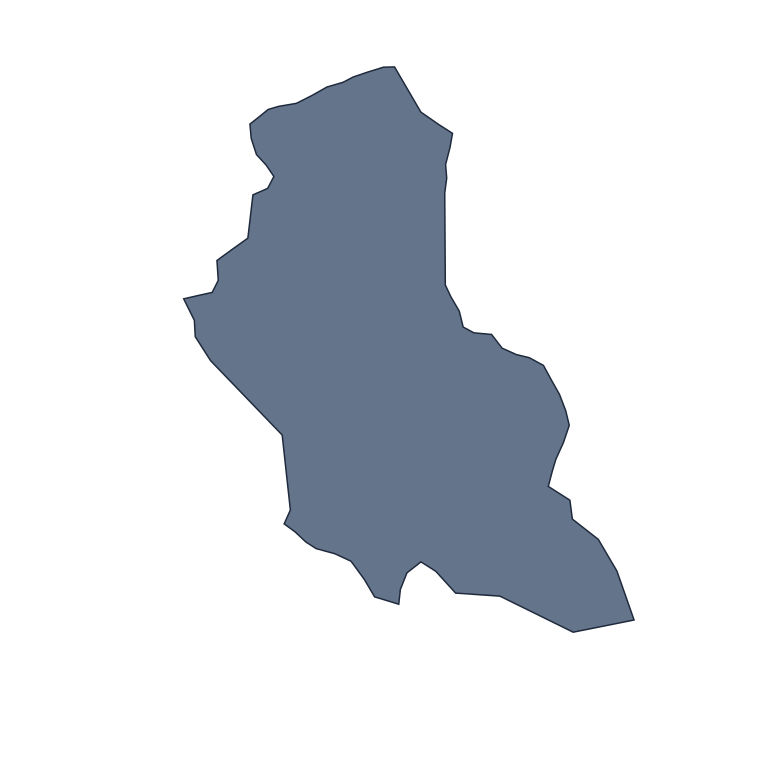 outline of Maratá, Rio Grande do Sul, Brazil, rotated 162°
{"feature_id": "56859067B99972506028155", "entity_name": "Maratá", "entity_type": "district", "adm_level": 2, "iso_a3": "BRA", "parent_name": "Brazil", "parent_adm1": "Rio Grande do Sul", "projection": "orthographic", "projection_center": [-51.552, -29.545], "detail": "fine", "context": "isolated", "style": "filled", "palette": "slate", "viewbox_px": 768, "rotation_deg": 162, "n_neighbors": 0, "source": "geoboundaries", "source_scale": "gbopen_adm2", "svg_char_len": 1093}
<svg xmlns="http://www.w3.org/2000/svg" viewBox="0 0 768 768"><g transform="rotate(162 384 384)"><path d="M276.0,682.3L286.7,685.5L303.0,685.7L318.4,685.5L329.8,683.6L346.5,684.1L363.7,680.6L380.7,678.0L398.4,680.6L409.3,680.9L420.5,676.6L431.2,672.6L434.4,658.7L434.4,641.6L428.4,628.5L424.6,615.4L434.2,606.0L450.2,604.4L468.4,564.8L486.1,559.2L504.7,553.1L509.6,533.8L519.1,524.2L532.4,525.5L548.2,526.9L544.7,503.1L548.9,487.3L541.7,459.7L496.6,366.9L512.0,293.1L522.2,281.8L514.3,270.9L507.1,257.8L499.4,248.4L483.4,237.9L470.1,225.6L463.1,204.2L458.7,184.4L438.0,170.0L431.9,183.6L420.5,197.3L403.8,203.4L392.6,189.8L380.5,163.0L339.3,146.4L280.8,89.5L219.1,82.3L220.3,134.2L228.2,170.0L246.6,197.3L243.1,216.0L259.4,235.8L251.0,248.9L243.8,259.3L231.3,273.0L220.6,287.4L219.4,302.4L220.3,319.8L223.6,336.1L226.6,352.4L237.8,364.2L249.2,371.2L260.6,381.6L266.4,397.9L282.7,404.9L291.1,413.7L289.9,430.0L293.4,446.1L295.1,459.2L267.2,546.9L260.7,560.5L257.6,573.7L248.1,588.6L241.4,601.2L252.1,614.3L264.9,631.2L276.0,682.3Z" fill="#64748b" stroke="#1e293b" stroke-width="1.5"/></g></svg>